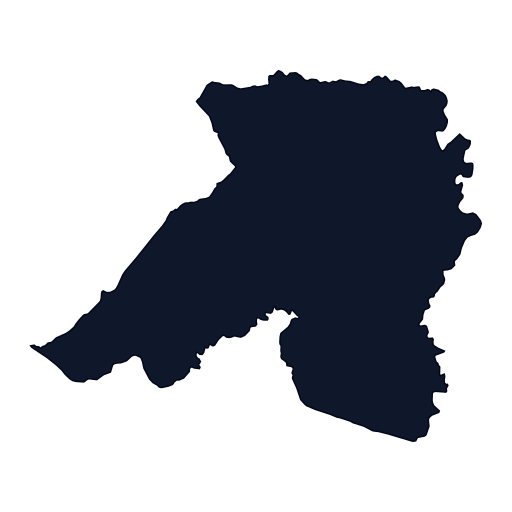 Venilale, Baucau, East Timor
{"feature_id": "22284137B53868942540237", "entity_name": "Venilale", "entity_type": "district", "adm_level": 2, "iso_a3": "TLS", "parent_name": "East Timor", "parent_adm1": "Baucau", "projection": "robinson", "projection_center": [126.397, -8.638], "detail": "fine", "context": "isolated", "style": "filled", "palette": "ink", "viewbox_px": 512, "rotation_deg": 0, "n_neighbors": 0, "source": "geoboundaries", "source_scale": "gbopen_adm2", "svg_char_len": 6003}
<svg xmlns="http://www.w3.org/2000/svg" viewBox="0 0 512 512"><path d="M198.0,99.5L196.5,101.5L200.0,105.9L209.5,116.0L212.1,122.7L213.8,130.3L214.5,131.2L218.1,132.6L218.8,134.0L218.1,135.0L218.7,137.0L225.0,149.0L226.2,153.3L227.1,154.5L229.5,156.4L230.3,160.4L230.8,161.5L235.5,165.9L235.8,167.4L230.4,174.2L228.8,175.2L223.9,180.2L221.5,182.2L217.2,183.6L217.0,186.9L214.9,188.9L212.8,192.6L209.6,197.2L206.2,198.6L200.3,199.4L198.7,200.2L197.7,201.3L194.3,202.5L190.7,202.4L188.6,203.0L185.3,203.1L182.5,204.5L180.2,206.3L177.0,210.0L175.9,209.4L174.8,209.9L173.7,211.0L170.8,212.0L167.4,217.8L166.2,220.8L162.7,225.8L153.6,236.5L136.2,258.3L125.4,271.0L122.8,274.9L118.2,285.2L116.3,288.6L114.7,290.3L110.3,292.5L106.6,292.6L103.2,290.9L102.0,291.7L101.6,293.3L101.3,298.1L100.6,300.8L99.7,302.2L88.6,313.5L87.5,314.2L84.6,314.7L83.5,315.3L79.1,320.1L75.7,324.5L74.3,327.0L69.6,331.2L66.0,333.6L56.3,337.9L52.1,342.0L51.0,342.6L48.1,343.0L46.2,345.0L44.2,346.2L42.4,346.6L41.4,347.8L40.4,348.0L39.6,347.8L38.8,346.8L36.2,346.7L34.2,345.2L30.7,345.8L31.7,347.2L47.1,357.5L56.4,364.9L62.1,370.3L65.2,374.3L69.9,378.8L73.1,380.7L76.3,381.4L83.9,381.9L87.2,379.3L89.1,378.7L96.8,379.6L103.6,374.6L110.4,372.1L112.5,365.2L113.6,364.0L116.2,363.1L121.0,362.7L125.6,361.1L126.8,360.5L131.7,355.9L134.5,355.0L135.9,355.1L140.4,357.2L141.4,358.6L142.6,361.8L144.0,368.3L149.6,379.0L153.0,382.6L157.5,385.2L159.2,387.0L161.2,387.5L162.8,387.3L168.6,386.0L172.2,384.5L173.2,383.6L173.6,382.4L176.6,379.9L179.0,380.0L183.6,378.0L189.3,371.5L189.3,369.1L190.4,367.4L191.8,366.8L194.0,367.9L199.4,368.6L200.0,367.1L199.1,366.0L198.4,364.2L199.3,363.5L200.4,361.6L199.0,359.0L197.6,358.4L196.2,356.6L195.9,355.1L196.1,353.3L196.6,352.3L197.8,352.6L199.9,354.3L202.2,354.4L203.6,352.5L204.8,348.0L205.3,347.2L206.6,348.0L207.9,347.8L208.7,346.3L209.0,345.0L209.8,344.1L212.6,345.7L213.6,345.7L214.7,345.0L218.2,339.6L222.4,335.5L223.3,335.3L224.9,335.7L226.5,337.1L228.8,337.4L231.1,337.1L234.5,335.8L240.6,337.1L244.6,335.4L249.2,330.6L249.7,328.0L250.4,326.7L255.5,325.9L256.7,324.1L256.3,322.1L256.4,319.2L256.8,318.2L257.6,317.7L258.5,317.8L261.1,319.3L263.8,320.0L267.3,320.0L267.9,319.0L267.7,317.3L265.1,315.5L265.1,313.2L265.6,312.4L270.7,313.1L272.2,311.9L273.7,307.2L274.6,307.0L275.4,307.5L275.8,308.8L277.2,309.8L281.1,308.9L284.3,309.7L286.7,311.6L288.9,314.2L289.8,314.1L291.5,310.2L292.4,310.1L297.2,315.3L298.9,316.5L299.0,318.1L297.7,318.7L295.3,318.1L292.0,319.6L291.2,321.1L290.6,323.7L288.2,327.3L281.0,333.3L280.2,336.6L279.9,342.1L280.1,344.1L281.2,345.7L281.0,351.0L281.5,353.0L281.0,356.8L281.6,358.5L285.7,361.5L286.7,363.0L287.0,365.6L291.6,366.5L293.2,367.9L293.2,369.6L292.1,373.0L293.5,375.3L292.9,376.1L292.5,377.9L292.8,379.0L296.9,388.1L300.8,399.7L305.0,404.3L306.5,405.6L315.4,409.4L330.3,414.3L337.2,417.2L339.7,417.6L350.4,421.1L353.1,422.7L363.6,426.0L372.9,430.8L378.6,431.5L387.8,433.8L412.9,441.3L415.7,440.8L417.4,437.4L424.5,436.0L426.0,434.8L428.9,426.3L428.3,420.4L428.6,418.4L430.0,416.6L432.0,415.0L438.7,412.4L439.3,410.9L433.8,405.9L432.5,403.0L432.0,400.7L432.3,393.6L432.6,392.8L433.4,391.8L435.6,391.3L445.9,392.1L446.6,391.0L446.2,388.5L447.8,385.6L447.4,384.4L446.3,384.5L444.5,383.3L444.1,380.1L444.7,376.2L444.2,374.1L440.7,375.7L439.5,374.4L439.7,366.9L438.1,365.1L438.0,363.8L435.9,361.6L434.6,357.2L434.8,355.7L435.5,355.0L443.7,352.0L444.4,351.1L438.2,348.4L434.6,346.2L433.1,344.8L432.8,341.7L433.2,339.6L432.5,338.2L428.8,338.5L427.4,337.8L426.9,336.9L426.7,335.3L428.2,332.2L426.4,326.3L424.7,325.5L420.2,326.3L418.8,324.8L418.9,323.6L422.4,319.1L422.8,314.6L424.4,309.8L428.3,308.2L429.7,306.9L429.7,305.7L428.8,304.2L428.0,299.8L429.1,298.3L430.9,297.1L433.5,296.8L434.1,295.9L434.4,294.1L435.5,292.5L437.1,291.2L440.1,286.7L442.8,284.5L443.7,283.2L444.5,279.8L444.2,278.1L442.9,274.8L442.8,270.6L443.5,270.1L447.6,269.7L451.2,268.6L454.6,265.2L454.1,261.5L455.1,260.0L456.7,258.7L459.7,254.3L461.3,247.8L464.4,240.5L467.1,237.0L470.4,235.4L474.9,234.0L477.3,232.0L480.0,227.7L481.3,223.5L480.4,220.7L475.9,214.7L472.8,213.1L467.5,214.3L465.5,214.0L462.2,212.9L459.7,210.6L458.0,208.2L457.7,206.1L458.1,204.9L459.5,201.8L462.7,197.9L463.0,196.4L462.9,195.2L461.1,193.5L460.6,191.7L462.4,185.1L461.9,182.9L461.1,182.8L458.6,184.9L456.0,185.0L455.2,184.2L454.6,182.2L454.8,178.9L455.5,177.2L456.6,175.9L460.0,173.8L461.9,174.2L463.3,176.5L467.6,177.1L469.9,176.9L470.8,176.4L471.8,174.7L472.8,168.5L472.8,164.7L472.4,163.6L471.4,163.2L466.5,163.6L465.3,163.4L463.5,161.8L463.1,160.3L463.0,158.4L464.8,150.0L468.0,148.2L468.9,146.8L470.1,144.1L470.3,141.2L469.7,140.5L467.7,140.3L464.8,139.0L459.7,134.1L451.2,142.2L448.0,144.3L444.9,149.3L442.9,151.0L441.5,150.6L439.4,147.2L436.6,139.9L435.3,134.5L435.1,132.9L435.4,131.8L437.8,130.4L442.2,130.9L443.2,130.6L445.0,128.4L446.3,125.8L447.3,122.0L447.2,119.6L444.4,115.1L442.9,111.4L443.0,109.0L445.9,105.5L446.8,103.1L447.0,100.9L446.2,97.7L445.0,95.4L442.5,93.0L439.8,91.7L438.4,90.4L433.7,89.2L432.0,89.8L431.0,91.8L428.8,90.0L427.4,89.7L425.0,90.7L421.1,90.8L420.3,89.9L419.3,87.3L418.2,87.0L413.4,87.7L412.0,87.1L405.6,88.5L404.6,87.9L401.0,83.2L399.0,81.6L395.1,80.2L393.1,81.3L390.4,81.6L386.2,76.9L385.1,76.4L382.9,78.5L380.7,77.9L378.8,76.4L377.3,76.4L374.5,77.6L372.0,79.9L371.2,81.2L370.1,81.9L368.2,81.8L366.9,83.6L363.5,84.9L358.5,84.2L350.2,81.6L345.0,81.1L340.6,80.0L339.4,80.2L336.0,82.0L332.8,81.4L329.1,83.3L325.3,81.7L320.6,82.8L319.3,82.5L317.3,80.3L316.0,79.7L312.0,79.3L310.2,79.5L307.9,80.7L305.5,80.3L304.3,79.6L300.6,75.6L298.7,74.7L296.7,73.1L295.3,72.8L290.0,73.2L288.2,75.3L286.4,76.5L284.1,75.0L282.6,73.0L281.1,71.8L278.6,70.7L277.0,71.9L274.0,75.4L272.7,75.8L270.0,75.7L269.0,76.4L268.8,79.1L269.2,83.9L267.9,85.7L266.5,85.1L261.9,86.3L257.1,87.0L255.2,86.1L253.0,86.3L250.5,87.5L240.6,89.1L236.9,88.1L233.3,85.7L231.5,85.0L223.8,85.1L222.4,84.8L219.3,83.2L214.5,82.7L212.3,82.0L207.2,85.3L200.1,97.9L198.0,99.5Z" fill="#0f172a" stroke="#020617" stroke-width="1.5"/></svg>